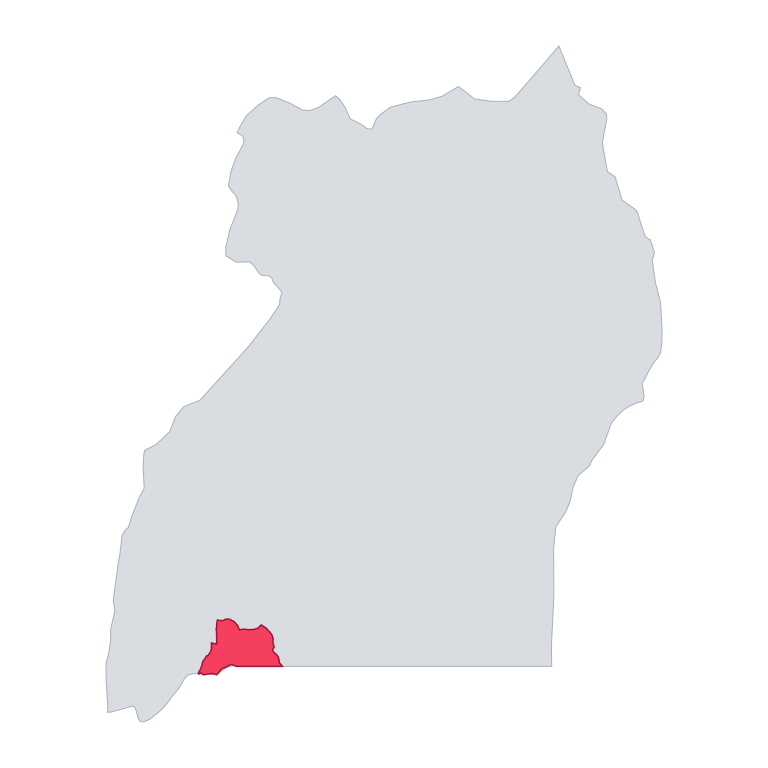 Uganda, with Isingiro highlighted
{"feature_id": "UGA-3370", "entity_name": "Isingiro", "entity_type": "County", "adm_level": 1, "iso_a3": "UGA", "parent_name": "Uganda", "parent_adm1": "", "projection": "natural_earth1", "projection_center": [30.796, -0.839], "detail": "fine", "context": "in_parent", "style": "filled", "palette": "rose", "viewbox_px": 768, "rotation_deg": 0, "n_neighbors": 0, "source": "natural_earth", "source_scale": "10m", "svg_char_len": 3154}
<svg xmlns="http://www.w3.org/2000/svg" viewBox="0 0 768 768"><path d="M551.7,666.4L540.5,666.4L522.2,666.4L504.0,666.4L485.7,666.4L467.5,666.4L449.2,666.4L431.0,666.4L412.7,666.4L394.5,666.4L376.2,666.4L358.0,666.4L339.7,666.4L321.5,666.4L303.2,666.4L285.0,666.4L266.7,666.4L248.5,666.4L237.7,666.4L235.5,666.0L234.0,665.5L227.1,667.0L220.0,672.2L212.4,674.4L204.3,673.5L203.3,674.1L199.2,673.9L193.3,673.6L188.0,675.0L183.9,679.5L179.7,687.3L172.2,696.3L166.4,704.2L161.4,709.9L150.0,719.2L143.8,721.9L140.7,721.5L138.8,719.8L135.3,707.9L133.0,706.0L110.9,712.1L107.5,712.2L107.9,708.5L106.2,680.5L106.0,663.4L108.9,652.7L110.6,640.3L110.7,629.4L114.8,610.9L113.3,599.8L118.6,560.8L119.9,554.5L122.0,535.7L125.3,529.9L128.2,527.6L131.9,516.0L139.2,497.6L144.2,488.1L143.1,467.3L143.9,453.2L145.1,450.0L155.8,444.8L169.7,431.7L175.6,416.4L183.9,406.6L200.0,400.2L247.7,347.5L269.9,319.1L279.6,304.5L279.9,299.3L281.8,292.4L277.9,287.1L273.3,282.2L271.7,277.7L267.8,275.5L262.1,275.6L258.3,272.3L254.0,265.9L249.7,261.9L236.2,262.2L225.8,255.7L225.9,246.8L230.0,229.3L237.9,209.2L238.3,203.7L237.2,198.9L235.3,194.9L231.7,190.9L228.4,186.1L231.0,171.6L236.0,157.5L240.0,150.4L244.0,142.5L242.9,136.0L237.1,132.7L240.1,126.4L246.4,115.7L258.5,104.9L269.2,97.7L276.4,97.7L290.3,103.4L302.9,110.2L309.8,110.5L318.1,107.7L335.5,95.7L339.7,99.5L344.8,106.8L350.3,118.9L361.2,124.4L366.4,128.2L370.2,129.3L372.3,128.3L376.4,118.8L381.4,113.7L390.7,107.1L411.1,101.9L425.7,100.4L431.8,99.2L442.2,96.2L458.5,86.5L474.6,99.0L492.1,101.4L509.0,101.3L514.2,97.5L517.1,94.6L534.9,74.0L558.9,46.1L575.0,85.4L580.5,87.7L579.7,91.1L578.3,94.5L588.8,103.9L601.7,108.9L606.3,113.7L606.8,119.0L602.4,142.0L603.3,148.6L607.4,171.6L615.1,176.8L622.0,200.0L635.7,209.8L637.7,212.6L640.9,223.9L645.1,236.2L648.4,239.0L650.4,239.8L654.5,252.8L652.2,260.2L655.4,282.5L660.5,302.4L661.9,326.2L662.0,336.7L661.8,343.1L660.7,352.2L658.2,357.4L653.8,362.5L649.0,370.5L644.7,379.1L642.1,383.3L644.1,396.2L643.6,399.5L642.5,401.2L636.2,403.1L628.3,406.6L623.4,410.0L616.6,416.5L611.1,423.6L603.8,444.3L591.7,460.5L589.6,465.8L578.2,475.5L573.1,487.3L569.9,501.9L565.5,512.4L555.8,526.7L553.6,549.4L553.9,594.6L551.4,646.1L551.7,666.4Z" fill="#d9dde1" stroke="#a8b0b8" stroke-width="1"/><path d="M199.4,674.0L198.3,673.6L198.5,672.7L200.6,668.9L202.1,664.7L202.4,662.8L203.1,660.9L204.4,659.5L206.5,656.0L208.1,655.4L210.1,652.5L211.4,649.5L211.5,643.0L216.7,644.0L216.6,633.6L216.2,628.5L216.8,626.3L216.6,624.1L217.4,620.0L221.6,620.7L223.6,620.3L225.8,619.1L229.5,619.2L234.2,621.7L237.8,625.6L238.6,628.1L239.8,629.9L242.1,629.3L244.3,629.2L248.8,629.7L253.4,629.5L257.7,628.3L261.3,624.9L266.2,628.2L270.3,632.7L272.2,635.5L273.1,638.9L272.8,641.9L274.2,647.2L272.4,649.9L273.8,652.4L276.1,654.2L278.2,656.7L279.0,659.7L279.4,662.7L281.4,665.1L282.4,666.4L280.2,666.4L261.4,666.4L242.6,666.4L236.0,666.4L234.4,665.5L230.8,664.4L226.9,666.8L223.0,668.2L221.5,669.1L217.8,673.6L216.5,674.8L214.1,673.9L211.8,673.6L206.6,674.2L204.7,674.7L203.5,674.8L202.9,674.5L202.4,673.9L201.6,673.3L200.4,673.1L199.5,673.9L199.4,674.0Z" fill="#f43f5e" stroke="#9f1239" stroke-width="1.5"/></svg>